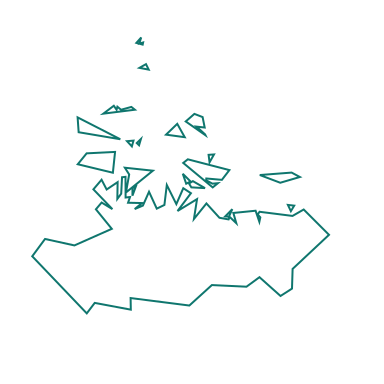 Myeik, Tanintharyi, Myanmar, rotated 102°
{"feature_id": "60261553B82376991609151", "entity_name": "Myeik", "entity_type": "district", "adm_level": 2, "iso_a3": "MMR", "parent_name": "Myanmar", "parent_adm1": "Tanintharyi", "projection": "mercator", "projection_center": [98.426, 12.423], "detail": "medium", "context": "isolated", "style": "outline", "palette": "teal", "viewbox_px": 384, "rotation_deg": 102, "n_neighbors": 0, "source": "geoboundaries", "source_scale": "gbopen_adm2", "svg_char_len": 1947}
<svg xmlns="http://www.w3.org/2000/svg" viewBox="0 0 384 384"><g transform="rotate(102 192 192)"><path d="M185.9,79.1L194.5,88.7L197.3,121.8L200.3,123.1L202.6,119.9L207.2,119.9L197.1,125.9L203.9,147.2L213.3,142.2L208.1,150.7L200.4,149.0L208.9,154.4L208.6,151.5L209.5,150.1L211.2,150.5L211.5,159.8L200.2,175.5L218.0,184.5L197.9,185.6L213.6,202.2L193.4,192.8L190.1,201.3L207.1,204.8L190.4,218.1L210.4,216.3L215.6,223.0L200.7,234.1L215.5,237.2L220.6,244.5L213.2,238.6L215.8,252.3L209.8,251.6L211.2,255.8L191.0,260.2L192.1,263.5L208.4,260.9L214.3,263.6L197.8,266.8L207.3,276.0L198.8,283.0L209.9,289.0L225.3,266.3L221.1,278.2L228.9,282.4L244.7,262.8L268.7,295.9L268.5,326.0L288.1,334.9L332.6,269.7L320.7,264.1L319.8,227.4L308.5,230.0L303.6,171.0L278.9,153.2L273.3,119.0L261.3,108.3L275.3,83.8L265.7,74.1L246.3,77.6L205.4,49.1L185.9,79.1ZM162.8,160.0L160.9,202.9L165.4,206.6L183.2,172.7L178.0,168.5L179.6,173.8L177.6,180.6L175.8,180.8L173.9,165.3L162.8,160.0ZM189.6,273.4L168.8,275.6L176.1,303.1L188.6,309.5L189.6,273.4ZM157.1,315.3L155.3,273.1L142.8,319.4L157.1,315.3ZM179.3,234.7L182.2,262.7L187.9,257.1L206.2,256.5L179.3,234.7ZM124.3,212.8L133.7,190.6L132.9,191.2L127.1,201.1L126.3,193.0L116.5,197.2L115.1,205.9L124.3,212.8ZM139.9,210.5L128.4,220.6L141.3,229.3L139.9,210.5ZM154.9,89.6L152.3,98.6L161.3,129.2L164.6,107.6L154.9,89.6ZM123.4,265.0L121.4,269.0L126.3,278.5L124.1,282.7L127.2,282.9L123.9,286.4L133.8,295.0L123.4,265.0ZM185.5,180.1L181.2,193.4L184.3,196.7L187.6,193.6L185.5,180.1ZM159.3,181.0L150.7,178.3L152.2,183.5L159.3,181.0ZM176.1,204.8L185.1,199.4L182.0,195.6L176.1,204.8ZM58.1,270.9L55.9,270.9L57.8,274.5L51.4,273.8L57.7,277.4L58.1,270.9ZM190.2,91.3L184.1,89.2L184.7,95.5L190.2,91.3ZM200.6,251.0L208.0,249.5L198.4,248.1L200.6,251.0ZM81.5,269.2L81.3,259.8L76.5,263.6L81.5,269.2ZM159.9,260.3L153.9,259.9L155.8,266.1L159.9,260.3ZM157.3,253.5L150.8,253.0L155.6,256.2L157.3,253.5Z" fill="none" stroke="#0f766e" stroke-width="2"/></g></svg>